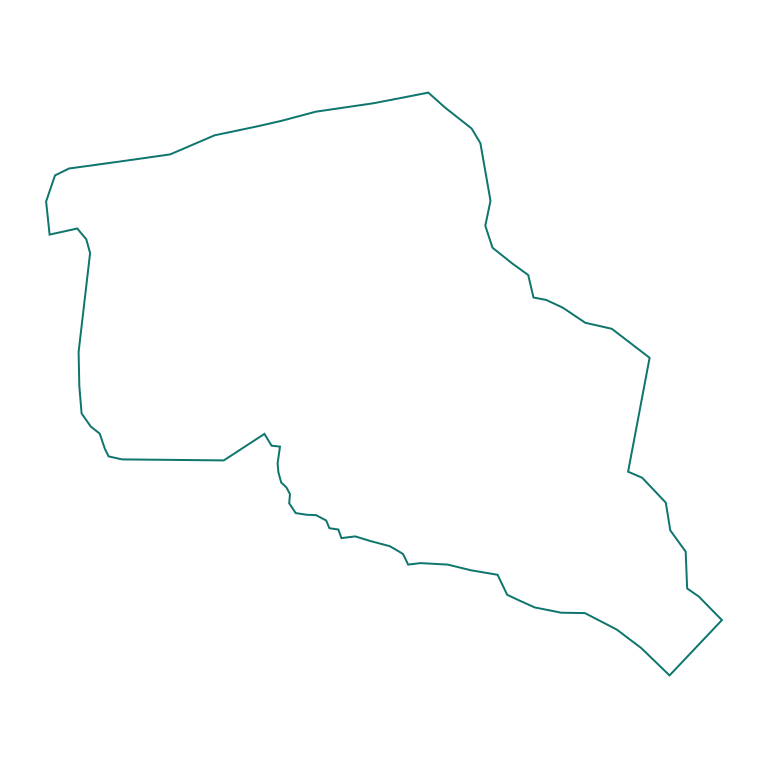 outline of Loug-Chari, Chari-Baguirmi, Chad
{"feature_id": "50815135B30125763845581", "entity_name": "Loug-Chari", "entity_type": "district", "adm_level": 2, "iso_a3": "TCD", "parent_name": "Chad", "parent_adm1": "Chari-Baguirmi", "projection": "orthographic", "projection_center": [16.937, 10.387], "detail": "fine", "context": "isolated", "style": "outline", "palette": "teal", "viewbox_px": 768, "rotation_deg": 0, "n_neighbors": 0, "source": "geoboundaries", "source_scale": "gbopen_adm2", "svg_char_len": 1336}
<svg xmlns="http://www.w3.org/2000/svg" viewBox="0 0 768 768"><path d="M49.6,234.6L77.3,228.5L80.4,232.3L86.3,239.3L90.1,253.1L78.6,351.9L79.3,385.8L81.6,413.5L90.8,426.6L99.7,433.6L104.9,448.9L108.6,456.4L122.1,459.4L223.8,460.4L264.4,433.9L271.6,445.7L280.0,446.6L278.8,454.9L277.6,463.3L278.0,467.8L278.4,472.2L281.2,482.5L286.4,487.4L290.0,494.2L289.2,503.3L295.7,513.1L301.1,513.9L305.0,514.5L307.4,514.8L310.2,514.9L316.2,515.2L326.2,520.5L329.4,528.2L333.9,528.9L338.3,529.5L340.8,536.3L341.5,538.1L355.2,536.4L371.3,541.3L386.0,545.2L389.6,546.1L396.6,550.1L403.0,554.0L408.2,564.6L420.6,563.1L447.7,564.6L471.0,570.3L497.6,574.8L507.2,594.8L519.3,600.5L534.6,607.4L561.2,612.7L584.9,613.1L616.2,629.3L617.1,629.8L628.4,638.4L641.3,648.1L654.1,660.5L669.5,675.4L670.0,674.9L670.4,674.5L721.9,620.1L701.1,598.9L699.0,596.6L698.7,596.5L698.0,596.0L687.2,588.5L687.0,584.9L685.8,554.6L685.7,551.7L670.3,530.4L665.8,502.7L652.3,488.4L642.1,477.7L640.4,477.0L628.1,471.7L649.6,357.8L611.8,328.8L585.3,322.8L562.8,307.7L546.1,299.9L533.5,297.5L528.2,275.0L512.4,263.6L492.5,247.7L485.3,225.7L490.5,200.8L480.4,143.2L471.6,128.5L444.7,107.3L428.3,92.6L373.8,103.2L315.7,111.7L282.0,120.7L257.1,126.4L214.6,135.3L170.1,154.4L115.6,162.1L69.0,168.5L55.0,175.4L46.1,201.5L49.6,234.6Z" fill="none" stroke="#0f766e" stroke-width="2"/></svg>